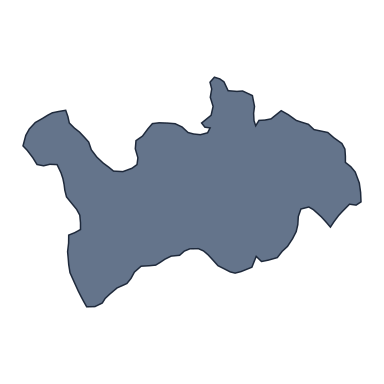 Americana, São Paulo, Brazil (Mercator projection)
{"feature_id": "56859067B58997870445641", "entity_name": "Americana", "entity_type": "district", "adm_level": 2, "iso_a3": "BRA", "parent_name": "Brazil", "parent_adm1": "São Paulo", "projection": "mercator", "projection_center": [-47.295, -22.724], "detail": "fine", "context": "isolated", "style": "filled", "palette": "slate", "viewbox_px": 384, "rotation_deg": 0, "n_neighbors": 0, "source": "geoboundaries", "source_scale": "gbopen_adm2", "svg_char_len": 1924}
<svg xmlns="http://www.w3.org/2000/svg" viewBox="0 0 384 384"><path d="M361.0,201.9L360.6,192.4L359.3,183.0L355.2,172.0L350.8,166.7L345.4,162.4L345.4,156.3L344.9,149.1L341.9,143.5L333.9,137.8L327.8,132.5L314.0,129.6L308.4,124.3L301.3,122.1L296.2,120.4L288.3,114.7L281.2,110.7L271.0,118.9L264.7,120.1L259.0,120.4L255.7,125.8L254.0,120.7L253.6,113.2L254.5,106.5L252.4,95.6L242.6,91.0L236.9,91.4L228.1,90.7L224.0,81.9L219.8,78.9L214.4,77.2L210.0,82.2L211.7,89.0L210.3,97.3L213.1,106.4L211.1,115.3L201.6,123.0L204.9,127.2L210.1,127.9L207.6,132.8L200.4,134.7L193.6,134.0L188.0,132.5L182.1,127.0L175.1,123.7L167.6,123.1L159.2,122.8L152.4,123.6L148.0,128.7L142.5,136.1L136.0,140.6L135.3,148.8L137.9,157.8L137.0,164.6L132.1,168.2L122.9,171.6L113.5,171.1L108.9,167.3L103.2,163.1L96.9,157.2L91.3,149.8L88.7,142.1L84.5,137.4L79.4,132.0L74.4,128.1L69.3,123.0L67.9,116.6L65.7,110.3L58.6,111.5L52.3,112.8L47.9,115.1L41.7,118.9L35.3,122.5L29.3,129.0L25.8,135.3L23.0,145.9L27.2,150.3L32.8,157.7L37.0,164.5L43.6,165.8L49.8,164.3L57.1,164.6L61.0,172.8L62.9,178.5L64.1,184.5L64.8,190.1L66.5,196.9L69.8,201.0L76.6,209.3L79.8,215.2L80.5,222.9L80.5,229.5L74.7,232.7L68.7,235.1L68.6,243.1L67.6,251.7L68.2,258.2L68.7,264.5L70.0,272.7L74.4,282.5L78.3,291.1L81.2,296.8L83.7,301.5L86.7,306.8L94.9,306.6L102.3,303.0L105.1,298.5L109.4,294.4L117.1,287.9L126.9,283.5L131.0,278.4L134.4,272.1L141.1,266.2L149.6,265.7L155.7,265.1L160.6,262.1L164.9,259.2L171.2,256.1L179.6,255.3L184.3,251.1L189.9,248.8L198.5,248.7L203.5,250.9L208.2,254.9L212.6,259.7L218.0,265.7L224.0,268.7L230.2,271.9L235.1,273.1L241.0,271.6L251.9,267.2L254.0,261.9L256.2,256.4L261.5,261.5L268.1,260.2L277.3,257.6L282.2,251.3L287.5,246.4L292.6,238.6L296.2,231.6L297.8,224.7L298.3,216.5L300.9,209.0L308.8,207.0L313.3,209.6L321.3,216.8L325.5,221.4L330.4,227.1L333.9,221.8L338.6,215.5L342.4,211.4L349.5,204.2L356.1,205.1L361.0,201.9Z" fill="#64748b" stroke="#1e293b" stroke-width="1.5"/></svg>